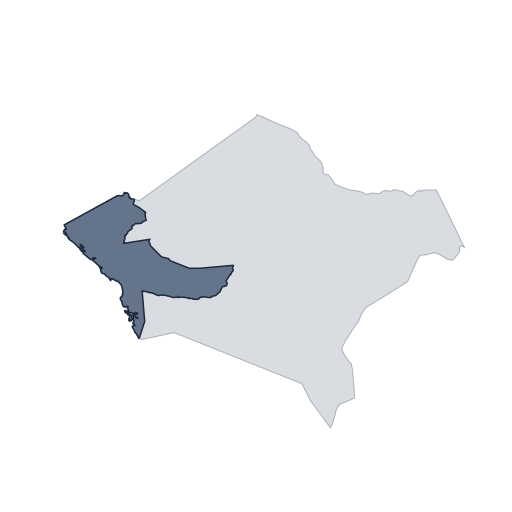 where Coast sits in Kenya, rotated 112°
{"feature_id": "KEN-1193", "entity_name": "Coast", "entity_type": "Province", "adm_level": 1, "iso_a3": "KEN", "parent_name": "Kenya", "parent_adm1": "", "projection": "robinson", "projection_center": [39.627, -2.351], "detail": "fine", "context": "in_parent", "style": "filled", "palette": "slate", "viewbox_px": 512, "rotation_deg": 112, "n_neighbors": 0, "source": "natural_earth", "source_scale": "10m", "svg_char_len": 8890}
<svg xmlns="http://www.w3.org/2000/svg" viewBox="0 0 512 512"><g transform="rotate(112 256 256)"><path d="M124.7,308.3L124.6,301.9L125.4,285.7L125.2,271.5L126.0,264.4L129.1,259.9L130.5,256.7L131.5,252.1L133.2,248.3L136.8,245.3L137.5,243.6L141.4,238.6L143.7,232.1L145.5,229.8L147.7,227.8L149.3,226.7L151.8,225.6L153.8,225.0L154.2,224.5L154.4,223.5L153.7,219.4L154.6,218.1L155.9,215.4L157.5,212.9L158.9,211.3L159.7,209.6L160.1,206.8L160.1,204.8L160.1,201.5L159.7,194.0L158.0,187.8L157.0,180.8L157.8,178.5L156.5,174.4L155.8,174.1L154.8,173.2L153.4,169.4L152.4,165.8L151.8,164.9L147.4,161.9L145.2,154.6L142.7,153.0L141.4,145.7L141.1,143.7L142.6,136.4L142.4,134.8L140.9,133.3L136.8,131.7L133.5,128.7L133.9,127.7L134.1,126.6L132.4,125.9L127.3,113.6L133.9,106.1L140.6,98.6L149.1,89.1L157.0,80.4L163.8,72.9L169.9,66.1L169.7,67.4L169.7,69.1L170.5,70.2L171.7,70.9L173.4,70.1L175.0,69.1L176.4,68.9L185.5,71.7L187.0,74.1L186.9,76.7L187.3,78.6L186.6,80.5L185.8,86.3L186.1,91.6L188.8,95.6L191.2,98.7L193.2,103.0L194.6,104.3L196.5,105.0L202.8,105.2L212.0,105.5L220.9,105.7L221.8,105.8L223.6,106.4L231.8,112.3L239.3,117.6L245.7,122.3L251.8,126.8L257.8,131.2L262.5,134.9L267.0,136.0L274.5,136.5L279.6,136.7L284.4,138.2L291.5,139.6L296.8,140.4L300.0,141.2L308.8,142.0L310.3,141.6L314.2,137.5L318.5,130.9L320.2,127.3L325.9,123.7L335.8,118.7L342.8,115.1L350.6,111.6L354.1,114.7L359.0,119.6L361.2,122.1L363.0,123.1L365.6,123.9L368.8,123.9L370.6,123.8L374.2,123.1L382.6,122.5L387.4,122.6L383.4,129.2L378.5,137.0L369.6,151.5L362.8,159.2L357.7,164.9L357.2,166.0L357.2,172.4L357.3,188.1L357.4,219.5L357.5,250.9L357.6,282.4L357.7,298.1L357.7,303.4L362.2,310.0L366.6,316.4L372.4,325.0L375.6,329.5L376.1,331.1L375.9,334.1L371.1,340.5L367.2,343.4L361.9,344.8L360.3,344.6L358.2,343.6L357.4,345.2L356.8,347.6L355.6,347.1L354.7,346.4L355.3,350.6L355.8,352.7L355.0,355.5L352.4,358.0L352.2,360.1L346.6,365.6L338.8,366.2L334.6,368.9L332.8,371.2L331.4,376.0L331.8,383.5L329.7,389.2L329.2,392.1L325.2,395.8L323.4,399.3L322.0,402.8L320.9,404.3L319.5,412.1L317.6,416.8L317.1,418.4L316.6,419.8L315.1,422.6L314.2,424.5L313.5,425.8L308.7,437.9L304.9,443.4L302.0,442.8L300.0,444.9L299.8,445.9L298.8,445.3L296.3,443.3L291.3,439.2L286.2,435.1L281.2,430.9L276.1,426.8L271.1,422.7L266.0,418.6L261.0,414.5L255.9,410.3L253.0,407.9L251.6,406.5L250.6,403.6L250.1,402.9L248.8,402.0L247.2,401.8L246.7,401.3L246.8,399.9L247.3,398.0L249.2,394.2L249.4,392.0L249.0,389.4L248.4,385.4L247.9,384.5L244.6,382.3L237.5,377.9L230.5,373.5L223.5,369.0L216.5,364.6L209.5,360.2L202.4,355.7L195.4,351.3L188.4,346.9L181.4,342.4L174.4,338.0L167.3,333.5L160.3,329.1L153.3,324.7L146.3,320.2L139.2,315.8L132.2,311.4L129.6,309.7L127.2,308.3L124.7,308.3ZM358.2,351.4L357.0,351.7L357.6,349.6L361.2,346.8L362.7,347.5L362.9,348.1L362.9,348.7L362.3,349.2L358.2,351.4Z" fill="#d9dde1" stroke="#a8b0b8" stroke-width="1"/><path d="M376.0,333.4L376.0,334.2L373.5,337.1L372.3,339.1L372.1,339.8L371.4,340.3L369.5,342.2L368.4,343.9L367.7,344.3L367.2,343.6L366.6,343.9L366.0,343.8L365.6,343.4L365.6,342.6L364.9,343.4L364.8,344.3L364.5,345.1L363.5,345.0L362.0,344.7L361.6,344.9L360.9,345.7L360.0,346.2L359.3,347.1L358.8,347.1L358.0,346.6L357.8,346.2L357.7,345.7L357.7,345.1L358.0,344.1L357.9,343.1L358.1,342.7L358.6,341.8L357.4,342.8L357.3,347.2L356.6,348.2L356.0,347.7L355.3,345.4L354.4,344.7L354.1,344.3L353.8,344.1L353.4,344.7L353.6,345.2L353.7,345.7L353.6,346.2L354.2,345.9L354.6,346.0L354.9,346.5L355.0,347.1L354.9,347.3L354.6,347.5L354.6,348.1L355.1,348.2L355.2,348.5L355.3,351.2L355.5,352.6L355.9,353.6L356.2,353.7L356.9,353.6L357.4,354.0L357.7,354.5L357.7,354.9L357.4,355.9L356.5,357.0L355.8,357.2L355.7,356.8L356.8,356.2L356.2,355.9L355.8,355.6L355.0,354.6L354.8,354.3L354.9,354.0L354.5,353.8L353.9,354.1L353.0,354.6L352.3,355.6L351.6,356.3L350.9,355.9L351.0,356.6L351.2,356.8L351.6,357.0L351.3,357.7L351.6,358.2L352.5,358.9L352.7,359.5L352.3,360.3L351.4,361.3L350.4,362.2L348.9,362.9L346.9,365.6L345.7,366.1L344.7,365.8L343.7,365.3L342.7,365.1L341.6,365.2L338.3,366.4L336.9,367.5L336.1,367.8L335.1,368.5L333.5,370.0L333.1,370.4L332.8,371.0L332.2,372.5L331.2,373.9L331.1,374.5L331.1,374.8L331.6,375.6L331.7,375.8L331.5,376.7L330.9,379.1L330.8,380.3L331.5,380.9L331.3,381.9L331.7,382.3L332.4,382.3L333.1,381.7L333.1,382.1L332.8,382.5L331.7,383.8L331.0,384.8L330.8,385.3L330.7,387.2L330.5,387.8L329.4,389.6L329.3,390.1L329.7,391.5L329.7,392.2L329.5,392.7L329.2,393.3L328.8,393.7L328.3,394.1L326.7,394.9L326.3,395.2L325.5,396.3L325.1,396.7L324.5,396.8L324.8,396.2L325.1,394.7L325.2,394.2L324.6,394.4L324.3,394.7L324.2,396.1L324.1,397.0L324.3,397.7L323.7,398.7L323.0,400.7L322.2,402.3L321.8,404.5L321.4,405.3L321.0,405.8L320.7,405.8L320.0,405.5L319.4,404.8L318.4,404.7L318.6,404.2L318.2,403.9L318.0,404.6L318.1,405.2L318.5,405.5L319.1,405.5L318.7,406.0L318.9,406.4L319.3,406.6L320.5,406.1L320.8,406.4L321.0,407.0L321.1,407.5L321.1,408.7L318.4,417.0L317.6,417.9L316.6,418.1L316.0,417.5L316.0,416.2L315.2,416.7L315.0,417.0L315.6,418.4L316.0,418.8L316.7,418.7L317.1,418.9L317.0,419.5L316.3,420.4L316.1,421.0L315.6,421.9L315.3,422.0L314.9,421.8L314.7,421.0L314.5,420.8L314.2,420.3L314.3,419.5L314.3,419.0L313.7,419.5L312.8,419.0L312.5,418.9L312.1,419.3L312.4,419.6L313.7,420.0L313.4,420.7L313.1,421.0L312.1,421.3L311.1,421.3L311.0,421.5L311.0,422.3L311.2,423.1L311.7,422.4L312.8,422.3L313.9,422.7L314.6,423.3L314.4,424.2L312.8,427.4L311.7,430.5L310.7,435.1L310.3,436.1L310.0,435.6L309.7,435.6L309.2,436.4L309.1,436.6L309.2,437.1L308.5,437.9L307.4,441.8L307.2,441.1L307.3,440.0L307.1,439.4L306.7,439.8L306.0,441.5L305.6,441.3L305.4,441.4L305.3,441.9L305.4,442.2L305.9,443.0L305.6,443.5L304.5,443.7L303.2,443.3L302.4,442.2L302.2,443.0L301.2,442.7L300.5,443.5L299.9,444.5L299.3,445.0L298.9,445.2L298.8,445.3L252.1,407.2L251.6,406.5L251.3,405.8L250.7,403.5L250.5,402.9L250.0,402.4L249.4,402.1L248.7,401.9L248.0,401.8L246.4,401.9L246.3,401.4L246.7,400.1L246.6,399.8L246.0,399.7L245.8,399.4L245.7,399.0L246.0,398.2L246.1,397.8L246.6,397.2L247.4,396.6L248.1,396.1L248.8,396.1L248.7,395.4L248.8,394.9L249.2,394.5L249.8,394.5L249.1,389.9L249.7,389.7L252.7,389.3L253.8,389.3L254.1,388.9L254.2,388.5L254.7,383.1L256.9,374.6L257.8,374.9L258.6,374.6L262.5,372.4L263.4,371.8L263.6,371.4L263.9,371.3L264.1,371.2L264.5,371.5L265.3,372.6L266.3,373.5L268.1,374.3L268.8,375.0L270.2,377.4L271.2,379.9L271.6,380.2L273.2,380.9L274.3,382.3L274.6,382.0L274.9,381.8L275.6,381.7L276.2,381.7L276.6,381.3L277.4,381.4L279.0,382.3L279.7,383.0L280.6,383.3L281.2,383.9L281.6,383.9L282.8,383.7L283.1,383.8L284.1,384.2L285.7,384.4L285.9,384.6L285.8,385.2L285.9,385.3L286.6,385.1L287.0,384.8L287.9,384.7L288.7,384.0L289.0,383.9L290.0,384.0L290.9,383.8L291.4,384.0L291.7,384.0L292.4,383.3L292.6,383.2L292.9,383.3L293.5,383.6L293.9,383.5L280.3,360.7L280.5,360.6L281.0,360.8L281.9,360.9L282.6,360.7L283.3,360.2L284.1,359.0L284.5,358.7L285.4,358.4L285.9,357.9L291.8,344.3L292.0,343.5L292.1,342.5L291.2,336.2L291.3,335.7L292.4,334.3L292.5,333.8L292.4,313.7L292.2,312.8L288.3,303.2L273.3,273.9L273.3,273.4L273.9,273.5L274.2,273.3L274.9,273.7L275.9,273.2L277.6,271.8L278.5,271.8L280.4,272.5L281.2,272.3L281.7,272.6L282.2,272.6L282.8,272.5L282.9,272.8L283.3,273.0L284.1,273.3L290.3,274.4L290.7,274.2L291.5,273.0L291.8,272.7L292.3,272.5L293.4,272.3L294.4,272.3L294.7,272.4L294.9,272.8L295.5,273.2L297.2,275.7L300.0,275.8L300.6,276.1L301.9,275.9L302.6,275.9L303.1,276.2L303.8,276.8L304.8,277.0L305.2,277.4L305.3,277.6L306.7,277.9L307.1,278.2L308.1,279.0L308.4,279.6L308.8,279.9L309.4,281.3L309.7,281.5L310.2,281.4L310.5,281.5L311.1,282.6L311.7,282.9L312.1,283.8L313.4,289.2L313.6,289.7L314.0,289.8L314.2,290.1L314.3,290.6L314.4,291.1L314.6,291.1L315.5,292.5L315.9,292.7L316.8,292.8L317.3,293.0L317.7,293.3L318.0,293.7L318.2,294.3L318.2,294.9L319.2,296.6L319.3,298.0L319.6,298.4L319.3,298.9L319.4,299.5L319.8,300.7L319.9,301.9L320.0,302.3L320.5,302.2L320.4,302.7L320.2,303.2L320.4,303.6L320.9,305.3L320.9,306.3L321.3,307.1L321.7,308.8L322.9,311.4L323.4,311.9L323.0,312.5L322.7,313.2L323.4,313.3L324.0,313.8L324.4,314.6L324.5,315.4L325.2,316.4L325.6,317.8L325.8,321.0L326.0,322.4L326.3,323.7L326.5,326.1L326.7,326.5L328.2,330.1L328.9,331.0L329.2,331.5L329.3,333.9L329.5,335.0L329.4,335.3L329.0,335.7L329.0,336.4L329.3,338.0L329.2,338.3L329.0,338.7L329.0,339.0L329.2,339.3L329.7,340.0L330.0,341.8L330.2,342.3L329.7,342.8L330.0,343.4L330.4,345.4L331.0,347.1L330.8,347.5L331.0,348.4L332.8,347.6L358.3,334.7L376.0,333.4ZM360.1,347.3L360.5,346.8L361.4,346.9L362.4,347.3L363.1,347.7L363.7,348.9L363.5,349.7L362.9,349.8L362.4,349.0L362.4,349.8L362.3,350.1L362.0,350.3L361.8,350.5L361.6,350.5L361.4,350.4L361.1,350.0L360.0,350.3L358.8,351.0L358.5,350.8L358.2,350.8L358.0,351.2L357.9,351.7L358.1,352.0L358.7,352.5L358.6,352.8L358.2,352.8L357.9,352.6L357.8,352.3L357.7,351.8L357.0,352.0L357.0,351.1L357.3,350.0L357.8,349.1L358.4,348.7L359.2,348.5L359.8,348.1L360.1,347.3Z" fill="#64748b" stroke="#1e293b" stroke-width="1.5"/></g></svg>